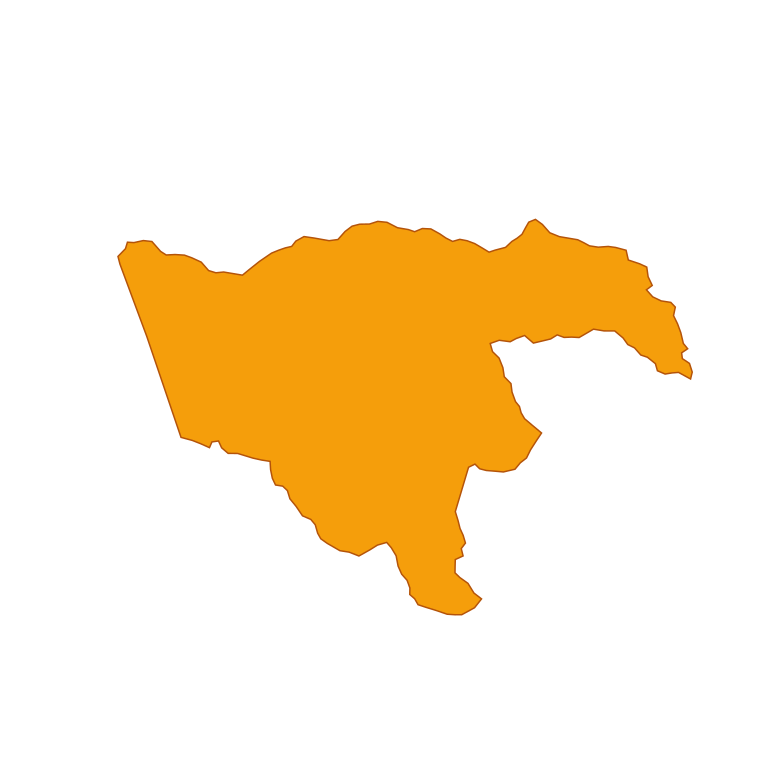 Estrela do Norte, Goiás, Brazil, rotated 107°
{"feature_id": "56859067B35338978150564", "entity_name": "Estrela do Norte", "entity_type": "district", "adm_level": 2, "iso_a3": "BRA", "parent_name": "Brazil", "parent_adm1": "Goiás", "projection": "robinson", "projection_center": [-49.092, -13.811], "detail": "fine", "context": "isolated", "style": "filled", "palette": "amber", "viewbox_px": 768, "rotation_deg": 107, "n_neighbors": 0, "source": "geoboundaries", "source_scale": "gbopen_adm2", "svg_char_len": 2544}
<svg xmlns="http://www.w3.org/2000/svg" viewBox="0 0 768 768"><g transform="rotate(107 384 384)"><path d="M561.0,227.9L557.6,236.9L550.1,245.4L546.9,254.9L543.8,260.9L537.6,262.7L531.0,264.5L525.3,258.1L518.8,262.0L512.3,259.6L505.5,264.1L500.0,269.0L493.2,273.1L485.2,278.5L438.9,278.8L434.0,273.6L437.1,267.7L436.8,260.9L435.0,252.7L433.2,244.1L427.2,233.8L419.5,230.6L413.1,226.1L404.1,224.6L393.1,221.5L384.8,219.0L379.7,231.1L376.1,239.4L371.5,244.4L365.9,247.9L362.4,253.1L354.3,259.2L346.5,262.7L341.9,271.1L333.6,275.1L325.5,281.6L321.3,289.7L314.2,294.3L308.5,286.6L306.7,275.7L301.8,270.8L296.5,263.7L301.2,253.1L295.7,243.7L292.2,237.8L286.4,232.7L286.8,225.4L284.3,218.3L282.5,211.0L275.6,204.6L270.3,199.7L268.9,189.1L265.8,178.9L270.1,168.8L275.0,162.4L276.2,155.0L281.2,146.9L281.4,139.9L285.2,130.4L291.4,126.4L292.3,118.1L289.2,111.8L286.8,105.7L289.6,92.3L282.5,92.7L275.0,97.9L272.5,106.1L267.2,108.5L261.5,103.9L257.7,109.6L248.1,115.2L240.6,120.9L234.0,127.1L225.3,127.9L222.1,133.6L223.5,143.3L222.1,152.5L217.2,160.6L211.3,156.3L204.2,162.8L195.4,166.9L194.3,174.7L194.0,186.6L185.3,191.6L185.7,202.4L186.9,209.8L190.5,219.1L191.8,227.9L190.5,234.2L189.4,240.9L191.8,259.4L190.9,269.7L185.1,279.2L182.3,287.3L186.9,292.9L193.0,294.3L200.5,295.8L205.6,299.3L210.3,303.4L217.8,307.7L223.5,316.9L227.2,322.1L225.3,329.5L223.2,338.3L222.7,346.4L223.5,353.8L227.6,360.1L226.3,367.5L224.1,374.6L222.0,384.5L224.1,392.8L229.4,399.2L229.2,405.9L230.6,416.8L228.5,428.4L230.3,437.5L235.3,444.7L238.3,454.0L242.4,460.7L249.5,465.8L259.3,470.3L263.0,478.4L263.9,485.7L264.8,493.2L266.4,503.6L273.1,510.1L279.4,512.5L282.7,518.2L286.8,523.8L291.7,529.8L303.1,538.9L314.2,546.5L321.3,551.2L323.8,570.1L326.8,577.3L326.8,584.9L320.9,594.4L319.5,604.7L319.1,612.5L321.3,621.7L324.3,630.0L322.5,636.4L315.6,647.6L317.2,656.1L321.9,664.5L323.4,670.8L330.2,670.8L339.8,675.7L346.5,671.6L407.8,624.8L494.4,562.5L494.0,550.9L494.7,542.0L495.9,532.3L489.7,531.6L486.9,525.6L492.5,520.6L495.9,512.8L493.2,503.6L493.2,493.9L493.2,487.5L492.5,478.8L491.3,470.3L499.1,467.4L506.8,463.2L512.3,458.2L511.3,451.0L514.2,445.2L521.3,440.4L526.7,432.3L533.9,423.4L534.9,414.4L538.7,408.6L546.1,403.8L550.5,399.2L553.0,391.7L556.3,377.4L555.0,368.3L555.8,357.7L546.5,348.8L540.0,343.2L534.7,335.1L538.5,329.1L544.7,322.2L554.0,317.3L560.7,311.5L565.0,304.5L571.5,299.6L577.8,297.8L580.4,291.9L585.1,286.9L585.3,278.9L585.3,270.1L585.7,256.3L583.9,248.6L581.9,242.2L571.5,232.0L561.0,227.9Z" fill="#f59e0b" stroke="#b45309" stroke-width="1.5"/></g></svg>